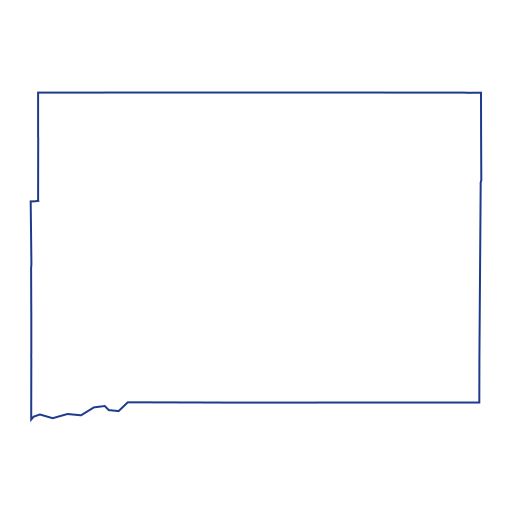 the district of Butte, South Dakota, United States of America
{"feature_id": "52423323B65775953341518", "entity_name": "Butte", "entity_type": "district", "adm_level": 2, "iso_a3": "USA", "parent_name": "United States of America", "parent_adm1": "South Dakota", "projection": "robinson", "projection_center": [-103.763, 44.892], "detail": "fine", "context": "isolated", "style": "outline", "palette": "blue", "viewbox_px": 512, "rotation_deg": 0, "n_neighbors": 0, "source": "geoboundaries", "source_scale": "gbopen_adm2", "svg_char_len": 566}
<svg xmlns="http://www.w3.org/2000/svg" viewBox="0 0 512 512"><path d="M31.2,419.5L33.6,416.7L39.9,414.5L52.7,418.2L67.5,414.0L81.0,415.3L93.9,407.4L104.7,406.0L108.8,410.1L118.6,411.1L127.8,402.3L202.5,402.5L231.6,402.6L479.3,402.5L479.4,358.4L480.7,182.4L481.3,180.1L481.1,136.4L481.0,92.7L468.5,92.8L463.2,92.6L233.4,92.5L38.1,92.6L38.1,137.0L38.2,137.5L38.1,199.8L38.3,200.9L33.8,201.4L30.7,201.4L31.4,264.1L31.1,268.1L31.3,318.7L31.3,318.8L31.3,341.4L31.3,341.6L31.3,353.3L31.2,356.7L31.3,358.0L31.2,419.5Z" fill="none" stroke="#1e3a8a" stroke-width="2"/></svg>